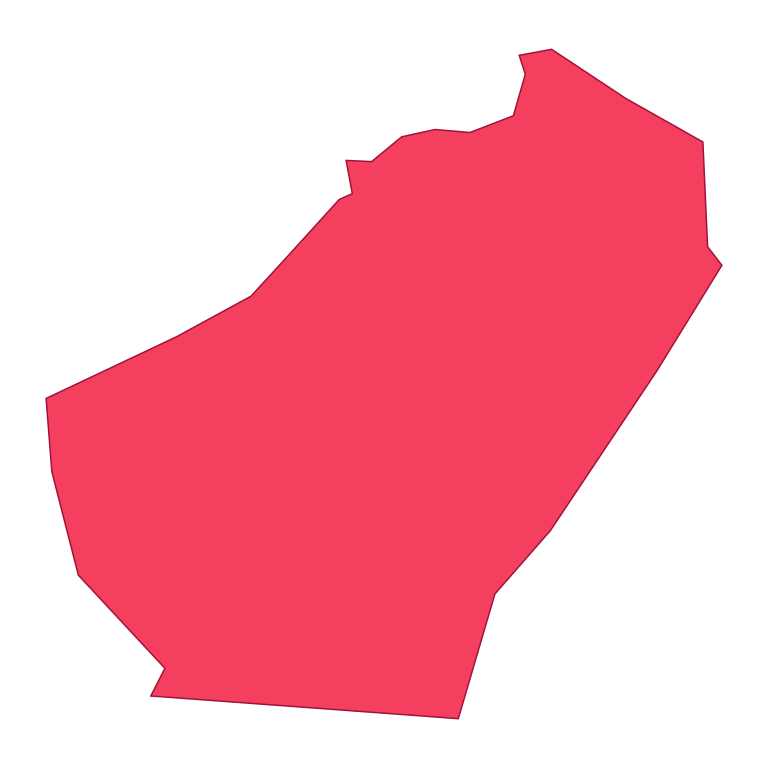 the district of Adair, Kentucky, United States of America
{"feature_id": "52423323B87676226812145", "entity_name": "Adair", "entity_type": "district", "adm_level": 2, "iso_a3": "USA", "parent_name": "United States of America", "parent_adm1": "Kentucky", "projection": "natural_earth1", "projection_center": [-85.268, 37.118], "detail": "fine", "context": "isolated", "style": "filled", "palette": "rose", "viewbox_px": 768, "rotation_deg": 0, "n_neighbors": 0, "source": "geoboundaries", "source_scale": "gbopen_adm2", "svg_char_len": 461}
<svg xmlns="http://www.w3.org/2000/svg" viewBox="0 0 768 768"><path d="M458.3,718.7L494.9,594.0L550.3,530.7L657.2,370.4L721.9,265.3L707.6,246.7L702.9,142.0L625.7,98.4L551.6,49.3L519.2,55.3L525.3,74.3L513.4,115.7L470.0,132.5L435.2,129.5L401.7,136.8L371.6,161.6L346.1,160.4L352.3,193.6L339.2,199.5L289.5,254.2L251.1,296.1L176.2,336.9L46.1,398.4L51.8,471.5L78.4,575.2L164.9,668.3L150.8,696.0L458.3,718.7Z" fill="#f43f5e" stroke="#9f1239" stroke-width="1.5"/></svg>